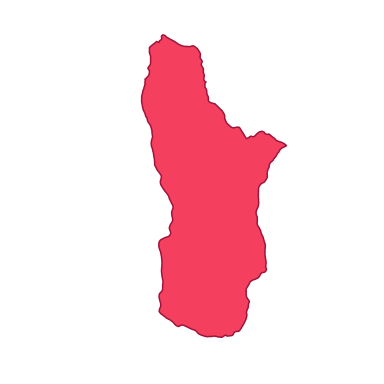 Chomphet, Louangphrabang, Laos (Equal Earth projection), rotated 130°
{"feature_id": "54806243B51917372677648", "entity_name": "Chomphet", "entity_type": "district", "adm_level": 2, "iso_a3": "LAO", "parent_name": "Laos", "parent_adm1": "Louangphrabang", "projection": "equal_earth", "projection_center": [101.914, 19.859], "detail": "fine", "context": "isolated", "style": "filled", "palette": "rose", "viewbox_px": 384, "rotation_deg": 130, "n_neighbors": 0, "source": "geoboundaries", "source_scale": "gbopen_adm2", "svg_char_len": 6010}
<svg xmlns="http://www.w3.org/2000/svg" viewBox="0 0 384 384"><g transform="rotate(130 192 192)"><path d="M304.5,118.5L304.0,116.5L303.7,116.0L303.4,115.6L302.9,115.4L302.0,115.2L301.3,114.9L300.6,114.5L300.0,113.7L299.5,112.7L298.8,110.4L298.6,109.3L298.3,108.4L297.7,105.6L297.0,103.4L296.1,101.2L295.9,99.9L296.0,98.4L296.4,96.3L296.1,94.3L295.5,92.6L294.4,89.8L293.1,87.3L292.0,86.3L290.0,84.0L288.6,82.9L287.5,81.5L286.4,79.3L284.5,76.2L284.0,75.7L282.7,75.3L280.8,74.6L280.1,74.5L279.9,72.8L279.4,72.0L276.6,69.4L275.9,69.0L275.0,68.8L272.4,69.4L271.9,69.3L271.0,68.9L270.3,68.3L269.0,67.0L268.4,66.6L267.3,66.5L264.9,66.7L263.4,67.0L260.2,67.5L258.2,68.0L255.6,68.6L253.4,69.5L252.3,70.0L250.7,71.1L249.7,72.4L249.2,72.9L247.9,73.6L246.3,74.2L245.3,74.4L244.0,74.9L242.1,76.3L240.9,77.0L239.4,77.4L238.8,78.0L238.5,78.8L237.9,81.3L237.1,83.1L234.9,85.4L233.3,86.5L232.0,87.9L231.2,88.2L229.9,88.5L228.1,88.7L225.9,89.1L224.6,89.5L223.6,89.6L222.5,89.6L220.0,88.6L218.0,87.4L216.2,86.6L215.2,86.2L214.4,86.1L213.3,86.2L210.6,86.7L209.5,86.7L208.2,86.1L207.7,85.5L207.2,85.2L206.5,84.8L205.6,84.6L203.4,85.1L203.1,85.5L202.8,86.1L201.7,87.6L201.3,88.0L200.4,88.5L198.7,89.6L197.6,90.7L193.3,95.7L192.5,96.4L191.6,97.0L190.2,98.3L185.9,101.3L185.1,102.2L184.3,103.4L183.7,104.5L180.9,108.5L180.6,109.1L179.7,111.2L178.9,112.8L177.1,115.2L177.0,115.8L176.5,117.1L176.2,117.5L175.8,119.1L175.4,120.2L174.9,121.1L174.5,121.6L174.1,121.9L173.6,122.5L172.4,123.2L171.4,124.0L171.1,124.4L170.7,124.6L170.1,125.2L169.4,125.7L169.2,126.0L168.7,127.1L167.3,129.1L166.3,129.9L165.0,130.7L161.9,131.6L161.0,131.8L159.0,132.8L158.3,133.4L157.5,133.8L157.2,134.1L156.8,134.5L155.6,135.7L154.4,136.7L153.9,137.3L152.6,138.5L151.1,139.6L150.8,140.0L149.5,141.0L148.5,141.7L147.2,142.7L145.5,143.9L144.9,144.1L143.9,144.2L143.5,144.2L142.3,144.4L141.9,144.3L141.4,144.4L140.5,144.0L139.9,143.8L137.9,143.0L137.6,142.9L136.3,143.1L135.9,143.1L134.3,143.3L133.2,143.6L132.5,143.7L132.1,144.0L131.5,144.3L130.2,145.7L129.1,146.7L128.1,147.3L125.2,148.6L124.2,148.6L123.7,148.8L121.4,150.2L120.7,150.4L120.1,150.7L119.6,150.7L119.0,150.9L118.8,150.8L118.1,150.7L117.7,150.5L115.6,150.3L115.2,150.3L114.2,150.7L113.3,150.5L112.5,150.6L112.1,150.6L111.0,150.7L109.8,150.7L108.6,151.1L107.4,151.3L106.8,151.3L106.0,151.1L105.2,151.3L104.3,151.6L102.6,151.7L99.9,151.2L99.1,150.7L98.5,150.4L97.4,150.1L96.5,149.6L95.9,149.5L95.7,149.6L95.7,151.9L96.1,154.4L96.7,156.2L97.6,158.3L98.2,159.9L98.1,162.0L97.8,163.3L98.1,165.1L98.1,169.4L98.1,169.6L98.1,169.8L98.4,170.2L98.4,170.6L99.2,171.1L99.7,171.7L99.8,172.0L99.9,172.5L100.1,172.7L100.3,173.1L100.4,173.4L99.9,174.5L99.8,175.2L99.9,175.6L100.3,176.7L100.3,177.1L100.6,177.5L101.8,178.5L103.4,179.3L104.9,179.5L106.2,179.8L107.7,179.8L109.4,180.0L110.3,180.7L111.0,182.0L111.8,183.1L113.3,183.4L114.9,183.9L116.0,184.7L116.1,185.3L114.7,188.9L112.9,194.7L112.2,196.5L112.1,197.3L112.9,198.7L114.7,200.3L116.2,201.4L117.0,202.9L117.1,204.6L117.0,207.7L116.8,209.9L115.4,212.8L114.5,214.3L113.2,215.4L112.2,216.4L111.4,218.2L110.4,221.2L110.2,224.5L109.7,231.0L111.5,234.9L111.9,236.6L111.5,237.9L110.9,238.9L109.7,239.5L108.5,241.0L107.7,242.8L106.8,244.2L105.2,245.5L104.2,246.9L103.3,249.5L100.4,252.0L98.8,252.0L99.0,253.8L97.8,255.7L94.8,257.4L93.0,260.3L90.4,262.3L89.5,264.3L88.9,266.5L87.1,267.5L85.3,268.1L84.6,270.3L83.7,272.4L82.6,273.0L80.9,274.2L79.9,276.2L78.7,280.1L78.8,282.5L79.1,284.8L80.4,286.1L82.2,287.2L83.6,289.3L85.0,290.9L86.3,293.4L87.4,296.6L87.9,302.1L88.4,304.6L89.0,306.9L89.6,310.6L89.5,313.5L90.4,315.4L92.1,315.6L93.2,314.8L93.9,313.6L95.4,313.6L97.4,314.1L98.7,313.5L99.6,316.0L100.8,316.0L106.1,317.2L108.5,317.5L109.9,316.5L111.5,315.0L112.1,314.8L112.9,313.8L114.5,311.1L119.1,307.2L120.7,306.1L121.9,305.8L123.9,305.7L124.8,305.6L125.5,305.4L126.0,304.2L126.5,302.7L127.1,301.9L128.9,300.9L130.5,300.1L131.5,300.1L134.3,300.3L135.5,300.0L135.8,300.4L136.5,299.5L137.7,299.0L139.0,297.8L140.0,297.1L141.0,296.6L142.5,296.1L143.2,295.7L143.4,295.5L143.9,295.3L144.6,295.2L146.1,294.6L148.4,293.3L151.0,292.1L151.6,291.7L153.2,290.2L154.5,289.3L155.1,288.8L157.9,285.4L158.2,285.1L158.5,284.8L159.6,283.2L160.3,282.4L162.1,278.4L163.6,276.3L163.9,275.7L164.0,275.1L164.4,274.0L165.3,272.7L166.0,271.9L166.4,271.0L166.7,270.2L167.1,268.9L167.4,267.6L168.3,265.6L169.6,263.8L170.2,262.8L170.6,262.5L170.9,262.0L171.3,261.6L172.7,260.4L173.5,259.3L174.2,258.7L174.7,257.9L175.4,257.5L178.5,256.1L179.4,255.6L181.1,254.4L183.2,252.2L183.6,251.4L183.9,250.6L184.9,249.5L187.1,246.4L187.9,245.7L188.8,244.5L190.0,243.3L190.3,242.8L190.6,242.3L191.3,241.6L191.8,241.2L193.1,239.8L193.9,239.2L194.9,238.3L195.3,237.8L195.7,237.2L195.8,236.7L197.5,232.9L198.7,227.8L199.2,226.2L200.4,224.9L201.1,224.6L201.7,224.2L202.8,223.8L204.1,223.2L205.0,222.4L206.2,221.0L206.7,220.0L207.0,219.0L207.7,216.9L208.3,215.0L208.9,212.5L209.4,209.6L209.5,209.0L210.2,207.5L210.4,206.6L211.5,205.5L212.9,202.1L213.8,200.3L214.4,198.7L214.8,197.8L215.3,197.2L216.0,196.6L216.7,196.2L217.3,195.9L219.9,194.9L221.2,194.1L222.3,193.0L223.5,191.6L225.0,189.6L226.0,188.7L227.4,188.1L229.3,187.8L230.5,187.7L232.6,187.0L233.5,186.7L234.4,186.0L235.2,184.9L235.9,183.6L236.5,182.6L237.1,181.9L238.4,181.3L240.0,181.3L240.9,181.3L242.0,181.9L243.7,183.0L245.2,183.8L248.4,185.1L249.3,185.3L250.1,185.3L251.8,184.9L252.7,184.3L253.3,183.8L254.7,182.7L255.3,182.1L257.0,179.6L257.9,177.8L261.5,173.4L262.6,172.4L263.0,171.8L265.6,169.4L268.6,167.1L269.8,166.4L272.6,164.2L274.0,162.7L274.9,161.7L275.8,160.8L277.3,159.0L278.5,157.4L279.1,156.7L280.0,156.0L281.2,155.3L282.1,154.7L285.4,152.0L286.2,151.6L287.0,151.4L289.0,151.5L290.9,151.5L291.5,151.2L293.2,150.1L294.4,148.9L295.4,147.5L296.5,145.9L297.3,144.7L298.7,143.2L300.4,142.2L302.3,141.7L304.2,140.7L304.6,140.3L304.9,139.6L305.2,138.0L305.3,137.3L305.2,136.5L305.0,133.1L305.0,132.0L304.9,131.3L305.0,130.6L304.1,126.6L303.9,122.8L304.4,120.2L304.5,118.5Z" fill="#f43f5e" stroke="#9f1239" stroke-width="1.5"/></g></svg>